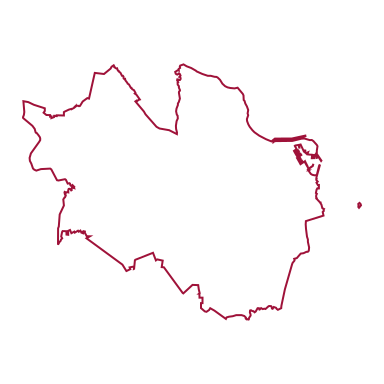 outline of Veracruz, Veracruz, Mexico
{"feature_id": "50627088B35395028449016", "entity_name": "Veracruz", "entity_type": "district", "adm_level": 2, "iso_a3": "MEX", "parent_name": "Mexico", "parent_adm1": "Veracruz", "projection": "robinson", "projection_center": [-96.213, 19.184], "detail": "fine", "context": "isolated", "style": "outline", "palette": "rose", "viewbox_px": 384, "rotation_deg": 0, "n_neighbors": 0, "source": "geoboundaries", "source_scale": "gbopen_adm2", "svg_char_len": 5909}
<svg xmlns="http://www.w3.org/2000/svg" viewBox="0 0 384 384"><path d="M23.4,101.2L24.3,112.0L23.9,114.9L23.0,117.2L23.2,118.1L32.4,125.8L34.7,128.9L35.6,132.3L36.0,132.8L36.6,132.9L38.4,135.1L39.8,137.1L40.2,138.3L40.2,140.1L39.2,141.8L30.9,153.4L29.6,157.9L29.9,160.9L31.3,163.6L33.0,168.5L34.3,169.7L36.3,170.6L40.9,169.1L50.2,168.6L51.3,169.4L57.0,180.2L58.5,180.5L65.0,179.2L65.9,179.8L67.7,183.6L69.5,183.2L70.0,183.6L70.3,185.0L70.8,185.7L71.5,185.9L72.4,185.0L74.3,186.9L73.9,187.6L74.1,188.1L73.4,187.9L73.0,187.1L72.1,187.2L71.6,188.6L71.7,190.1L71.2,190.4L70.3,189.2L69.6,188.8L68.7,188.9L68.2,190.2L68.3,192.4L67.1,192.1L65.8,193.0L65.7,192.3L64.7,191.9L64.5,192.5L65.0,194.7L65.8,195.2L65.7,195.7L65.0,197.3L64.6,197.4L63.3,199.4L63.9,205.5L59.7,214.4L58.8,226.5L58.1,228.3L58.0,244.7L59.5,242.0L60.6,240.9L61.0,239.6L62.2,238.3L61.2,236.5L62.1,232.0L62.6,231.1L66.4,231.2L66.5,234.6L68.2,234.8L68.1,230.9L70.0,230.0L71.4,233.2L74.3,231.6L74.8,232.6L78.0,230.7L78.8,231.7L80.4,230.6L81.1,232.0L81.8,232.0L81.6,232.7L83.1,233.3L83.5,231.2L84.9,231.5L84.8,232.7L86.7,236.2L89.9,236.3L86.5,238.3L122.4,264.6L126.4,271.0L130.3,269.2L129.6,267.4L134.1,266.5L133.9,268.9L134.1,268.8L134.9,260.3L135.3,259.8L153.0,252.8L155.9,260.4L157.2,259.4L162.7,260.6L161.7,267.1L163.9,267.3L182.7,293.0L183.3,293.4L192.5,284.9L198.2,285.1L198.8,289.5L199.7,293.2L199.2,293.6L199.4,293.6L199.5,297.7L202.5,297.7L202.5,303.1L201.0,303.1L201.0,308.1L204.8,311.4L206.5,311.8L209.1,310.0L210.2,308.2L214.4,310.6L225.9,318.9L226.6,317.4L229.0,316.7L232.8,316.2L236.3,315.1L241.5,315.1L244.3,316.0L245.9,317.6L245.7,318.5L246.5,319.3L247.0,319.0L248.2,319.6L248.8,319.4L249.1,317.8L250.6,315.6L250.5,314.1L249.9,312.7L250.0,310.8L250.3,310.3L251.2,310.3L252.3,311.1L253.5,311.2L254.6,312.3L255.7,311.5L257.6,308.2L258.9,308.2L259.3,309.5L259.6,309.6L261.1,308.1L262.7,309.1L264.3,308.7L265.5,309.0L268.6,306.2L269.8,306.0L271.2,306.2L271.6,306.7L271.9,308.4L272.2,308.7L272.6,308.8L273.8,307.0L276.0,307.8L276.7,308.9L277.9,309.8L281.2,308.2L281.4,305.8L284.9,289.3L292.1,264.2L292.6,262.9L294.4,260.7L294.6,260.0L294.2,258.8L296.8,258.1L300.7,253.6L303.5,253.2L306.5,251.8L307.8,251.8L308.8,250.7L309.1,247.4L307.9,241.9L307.9,239.5L307.0,236.7L306.0,228.8L305.7,224.4L305.9,221.1L323.5,215.6L322.7,212.0L323.8,210.9L323.6,209.6L324.0,209.0L322.3,208.1L321.4,204.5L320.5,203.3L320.6,202.5L319.9,202.3L316.5,198.6L316.8,198.4L316.6,197.9L316.3,198.0L316.1,196.1L316.4,194.6L316.8,194.1L317.5,194.4L315.9,193.0L316.6,189.6L317.4,188.3L318.8,188.6L318.9,189.4L318.9,185.0L317.9,185.1L316.5,182.7L317.7,181.6L316.3,179.9L316.6,178.8L316.3,178.7L316.5,177.2L319.8,165.4L319.4,165.2L319.1,165.7L316.8,175.1L314.5,175.3L312.3,174.8L310.8,173.9L308.6,170.7L309.0,170.4L308.6,170.4L309.3,169.8L309.2,169.6L308.5,170.2L307.9,169.4L312.8,166.0L313.4,163.8L312.7,165.9L308.6,168.7L306.8,165.6L307.2,165.6L306.9,165.0L306.8,165.4L304.9,162.3L305.2,162.1L305.8,162.8L305.2,161.6L304.9,162.2L304.5,161.5L300.5,164.2L299.7,162.7L302.1,161.0L301.9,160.7L299.5,162.3L298.5,160.6L300.7,159.0L300.2,158.1L298.0,159.6L297.0,158.0L301.3,155.0L300.5,153.8L297.0,156.1L296.1,154.7L299.0,152.8L298.8,152.5L296.0,154.4L295.5,153.5L298.8,151.3L298.4,150.6L298.0,150.9L297.6,150.4L294.8,152.4L294.0,150.9L296.6,149.1L294.8,145.9L295.3,145.5L298.7,144.9L299.2,147.6L299.4,147.6L299.0,144.9L300.6,144.5L303.7,151.1L304.8,150.4L305.3,150.5L305.4,151.1L304.4,151.9L306.6,153.8L307.1,152.7L308.0,152.3L307.4,153.8L307.7,153.9L307.6,154.4L310.5,154.7L310.6,155.1L310.6,154.7L312.1,154.8L311.8,158.2L312.1,158.2L312.4,154.8L314.1,155.1L313.9,158.1L314.2,158.1L314.4,155.3L314.6,155.0L315.2,155.2L315.9,153.9L316.5,157.9L316.9,157.8L316.2,153.9L316.4,153.8L321.1,161.0L321.4,160.6L316.8,153.9L316.8,150.7L317.5,146.2L316.8,144.9L313.4,141.1L311.8,140.0L309.8,140.1L304.3,138.5L301.4,138.7L292.4,140.9L275.8,141.1L274.4,141.3L273.3,142.2L273.1,140.7L274.8,139.2L291.9,139.1L305.4,136.2L305.3,135.6L291.9,138.5L274.9,138.6L271.4,141.4L266.0,139.2L259.3,135.7L254.5,132.3L252.4,130.2L249.7,126.8L248.3,124.3L247.1,121.1L246.9,119.1L248.2,115.2L247.6,113.5L248.2,110.0L246.9,106.4L245.3,103.5L244.6,101.0L243.7,100.0L243.5,95.4L242.8,93.9L237.6,87.7L234.6,88.4L230.4,88.0L227.6,87.4L225.1,86.2L222.4,83.7L220.0,79.8L217.6,77.5L216.4,76.9L214.6,76.8L210.7,75.8L207.8,75.8L202.4,74.0L196.6,71.4L195.9,70.7L191.2,68.0L186.7,66.3L183.5,64.4L180.2,65.6L179.8,66.5L180.1,67.9L178.7,68.9L178.8,70.6L177.8,70.2L175.2,71.9L175.7,73.6L176.3,74.2L177.3,74.6L178.1,74.2L178.5,73.5L179.1,73.3L179.8,74.0L180.5,75.5L179.4,76.9L180.3,77.2L180.6,78.2L180.6,79.0L179.9,80.0L178.8,80.0L177.9,79.3L177.3,79.3L177.1,80.3L178.2,82.2L177.6,82.6L177.7,84.6L178.9,86.2L178.9,87.7L180.0,90.2L179.8,90.9L179.1,91.5L178.9,92.7L179.9,98.6L178.7,102.3L177.9,103.4L177.9,105.0L176.5,108.6L176.1,111.3L176.8,114.6L177.6,115.7L177.8,118.5L176.6,121.1L175.9,125.9L176.1,129.0L177.0,132.5L176.9,134.1L169.2,130.2L159.5,128.5L156.5,126.8L145.5,114.3L143.9,111.5L135.4,101.4L136.6,100.6L137.0,101.2L138.6,99.9L139.8,99.5L136.5,94.8L135.0,93.7L135.6,93.4L135.6,93.1L134.0,90.2L132.2,89.2L131.5,87.9L130.9,87.9L129.0,84.5L127.6,83.6L127.3,82.8L125.4,80.4L125.1,78.9L124.4,79.1L123.6,78.4L123.5,76.6L122.9,75.8L122.0,75.8L120.4,72.7L119.0,71.7L118.8,71.0L117.9,70.6L117.1,68.4L116.7,68.6L115.8,68.2L114.4,67.2L114.6,66.9L113.7,65.3L111.6,66.7L110.6,68.6L104.0,74.0L94.8,72.9L89.0,98.6L87.3,98.1L82.7,101.5L80.0,105.9L79.0,106.2L77.9,105.7L76.5,105.9L75.5,106.7L75.6,106.0L74.4,107.1L73.8,108.0L71.6,109.2L71.4,108.9L68.9,109.6L64.3,111.8L63.9,112.1L63.9,115.5L56.7,115.3L56.7,116.1L56.0,116.1L54.3,116.0L54.2,114.9L54.0,117.1L51.4,118.1L51.4,116.4L50.1,116.6L50.1,115.1L46.4,115.0L43.6,112.7L44.8,111.0L44.8,108.3L33.9,104.8L28.3,102.1L23.4,101.2ZM359.0,207.8L361.0,205.3L360.5,203.9L359.5,202.9L358.3,203.9L358.5,206.0L358.3,206.9L359.0,207.8Z" fill="none" stroke="#9f1239" stroke-width="2"/></svg>